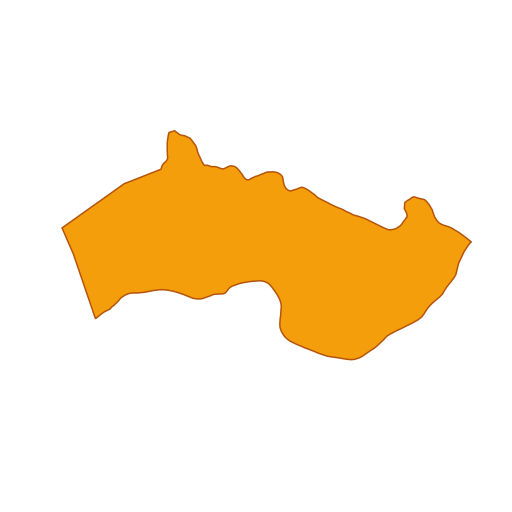 the district of Ti Riviere, Micoud, Saint Lucia, rotated 307°
{"feature_id": "8701671B16268299103818", "entity_name": "Ti Riviere", "entity_type": "district", "adm_level": 2, "iso_a3": "LCA", "parent_name": "Saint Lucia", "parent_adm1": "Micoud", "projection": "natural_earth1", "projection_center": [-60.937, 13.83], "detail": "fine", "context": "isolated", "style": "filled", "palette": "amber", "viewbox_px": 512, "rotation_deg": 307, "n_neighbors": 0, "source": "geoboundaries", "source_scale": "gbopen_adm2", "svg_char_len": 5402}
<svg xmlns="http://www.w3.org/2000/svg" viewBox="0 0 512 512"><g transform="rotate(307 256 256)"><path d="M109.6,165.1L109.7,165.6L111.1,166.0L112.6,166.4L116.0,167.2L118.0,167.8L119.8,168.4L120.9,168.9L122.2,169.5L122.7,169.8L123.9,170.4L125.8,171.3L127.4,171.4L129.0,171.6L130.6,172.1L131.0,172.2L132.7,172.5L136.5,173.1L138.7,173.2L140.0,173.2L141.1,173.3L142.6,173.8L143.7,174.1L145.8,174.9L148.3,176.2L150.0,177.5L150.5,177.9L152.7,180.3L152.9,180.6L154.1,182.2L155.2,183.7L157.3,185.9L160.0,188.9L164.1,192.5L167.7,195.8L168.4,196.6L170.0,198.2L172.0,200.5L172.6,201.3L174.5,204.0L175.6,206.2L175.8,206.5L176.2,207.3L177.7,210.3L178.8,212.9L179.2,214.0L180.4,217.5L181.6,221.1L182.5,224.5L183.6,228.6L184.4,231.4L185.4,233.2L186.8,235.6L188.7,237.9L190.4,239.3L191.9,240.3L193.1,241.1L193.8,241.5L196.4,243.3L198.8,244.6L199.3,245.0L200.3,245.8L201.4,247.0L202.6,248.4L204.3,250.4L205.3,251.8L206.6,252.9L207.6,253.5L209.3,253.9L210.5,253.9L213.8,253.9L215.2,254.2L215.6,254.3L217.9,255.3L220.2,256.8L222.6,258.4L224.9,260.1L227.2,262.0L230.3,265.0L231.7,266.3L232.1,266.7L234.2,269.0L236.2,271.3L237.2,272.4L239.3,275.1L240.7,278.0L241.0,279.1L241.3,280.5L241.4,280.9L241.5,282.6L241.3,284.3L241.1,285.7L240.4,288.4L240.2,289.1L239.0,293.0L238.5,294.2L237.9,296.2L236.4,299.5L235.5,301.1L234.4,302.8L232.8,304.8L230.8,306.7L228.6,308.0L228.2,308.3L226.3,309.5L225.1,310.3L223.1,311.6L222.3,312.0L221.0,312.7L218.4,314.4L216.4,315.7L214.7,317.0L214.3,317.4L213.2,318.4L212.4,319.6L211.7,320.7L210.8,322.1L210.2,323.7L209.6,325.0L209.3,326.1L208.8,327.9L208.5,330.5L208.5,332.8L208.5,334.1L209.2,338.1L209.8,341.1L210.1,342.3L210.8,345.1L211.6,348.3L212.1,350.4L212.9,353.1L214.5,358.7L215.0,360.7L215.8,363.9L217.0,367.6L217.4,368.8L218.7,372.7L220.1,375.6L220.4,376.2L220.6,376.5L222.4,379.7L224.5,383.6L226.7,387.9L228.7,391.5L230.2,394.0L232.0,396.1L232.8,396.9L233.7,397.6L234.1,397.9L236.0,399.2L236.5,399.6L236.8,399.8L239.5,401.1L241.9,401.9L242.6,402.1L246.4,403.4L249.2,404.3L253.2,405.8L256.4,406.7L262.9,407.8L266.7,408.4L268.0,408.5L270.8,408.8L274.7,410.3L275.1,410.5L280.8,413.1L282.4,414.0L285.2,415.5L287.3,416.6L289.9,417.8L294.8,420.3L298.2,421.9L301.8,423.5L302.4,423.8L305.1,424.5L307.2,425.0L310.6,425.0L314.2,424.7L314.6,424.7L317.1,424.5L321.7,424.8L324.3,425.2L324.9,425.3L325.9,425.5L329.4,426.3L332.0,426.9L333.3,427.2L334.7,427.4L337.9,427.8L341.6,427.3L346.6,427.0L350.6,427.1L354.8,427.2L355.7,427.2L358.1,427.2L361.2,426.8L361.6,426.7L362.3,426.4L365.3,425.1L369.2,423.4L372.1,422.2L375.4,421.5L380.3,420.5L382.2,420.1L384.4,419.6L387.2,419.4L390.4,419.2L391.7,419.1L393.7,419.1L394.6,419.1L395.3,419.2L396.7,419.4L396.9,417.2L396.9,416.0L396.9,415.3L397.0,412.5L397.0,410.3L397.0,407.2L396.9,404.4L396.8,402.8L396.6,401.1L396.3,398.6L396.1,396.3L395.9,394.7L395.2,392.0L394.7,390.6L393.9,388.4L393.2,386.3L392.8,384.1L392.6,382.4L392.8,381.3L393.1,379.7L393.8,377.6L394.5,375.6L395.1,374.5L396.1,373.0L397.2,371.3L398.8,369.2L399.7,367.0L400.4,365.4L401.2,363.4L401.5,362.0L402.0,360.4L402.3,358.7L402.4,357.6L402.3,356.4L401.8,355.2L401.4,354.3L400.2,351.7L399.7,350.4L399.1,348.5L398.6,347.1L397.8,346.1L397.2,345.6L395.7,345.1L394.6,344.8L393.8,344.6L391.6,343.6L388.1,342.7L382.9,346.1L382.0,348.3L380.9,350.3L379.8,351.8L378.9,352.5L378.1,353.2L376.6,352.9L375.1,353.2L373.3,353.1L371.1,353.1L369.0,353.2L366.9,353.0L364.8,352.3L362.2,351.4L360.5,350.2L358.7,348.4L357.9,347.6L356.8,346.2L356.2,344.5L355.9,343.3L355.5,341.5L355.0,339.3L354.7,337.4L354.3,335.3L353.8,333.0L353.4,330.5L353.0,328.3L352.6,326.3L352.2,324.1L351.8,321.9L351.2,319.8L350.7,318.1L350.0,316.0L349.7,315.1L349.0,313.0L348.4,311.7L347.7,309.9L347.3,308.7L347.1,307.6L346.9,305.6L346.6,304.6L346.0,302.0L345.7,300.6L345.4,297.7L344.6,294.4L344.1,293.1L343.8,291.6L343.5,290.7L343.0,288.5L342.8,287.4L342.4,285.6L342.0,283.1L341.9,282.1L341.5,279.8L341.2,278.5L340.9,276.4L340.5,274.6L340.2,272.7L340.0,271.6L339.8,269.7L340.0,267.8L340.1,266.3L340.1,264.4L340.1,262.5L340.1,261.4L340.1,260.7L340.1,259.3L340.0,257.4L339.8,255.8L339.5,254.6L339.3,253.4L339.1,252.5L338.7,251.6L337.9,250.7L335.3,249.0L334.0,248.3L332.7,247.3L331.4,246.3L329.9,245.5L328.9,244.6L328.4,243.9L328.1,242.8L327.9,241.4L327.9,240.8L328.1,239.3L328.3,238.4L328.8,237.5L329.5,235.9L330.0,235.3L331.0,234.1L331.5,233.5L332.4,232.5L333.1,231.8L334.0,231.0L335.1,229.6L335.5,228.6L335.8,227.1L335.9,226.1L335.7,224.1L335.4,222.8L334.9,221.7L334.1,220.1L333.5,219.0L332.6,217.8L332.1,217.2L331.6,216.6L330.8,215.6L329.9,214.6L329.6,214.3L327.7,213.0L327.3,212.8L325.1,211.5L323.7,210.6L322.1,209.8L320.5,208.7L319.1,207.6L318.1,207.1L316.3,206.1L315.1,205.5L313.7,204.9L312.6,204.4L311.9,203.7L311.4,202.8L311.2,201.0L311.4,199.9L311.7,198.9L312.1,197.6L312.6,196.5L313.0,195.3L313.4,193.7L313.9,191.9L314.4,190.2L314.7,188.2L314.8,186.3L314.6,185.3L314.2,184.1L313.7,183.0L313.1,182.0L312.4,181.2L311.3,180.4L309.9,179.6L308.8,179.1L307.1,178.2L306.1,177.7L305.5,177.0L305.0,175.8L304.4,174.3L304.0,172.5L302.8,169.5L300.8,167.1L299.2,162.5L297.3,160.2L298.7,156.2L301.6,150.9L303.2,147.8L306.0,144.3L307.8,141.5L309.8,135.0L310.3,132.2L309.2,127.0L307.0,122.3L307.0,117.5L307.0,115.6L302.3,112.2L299.6,113.3L293.2,116.8L287.0,121.5L283.6,124.3L280.7,126.8L277.9,127.2L273.9,126.5L271.1,126.8L268.1,127.9L234.3,107.2L161.7,84.2L147.7,108.9L109.6,165.1Z" fill="#f59e0b" stroke="#b45309" stroke-width="1.5"/></g></svg>